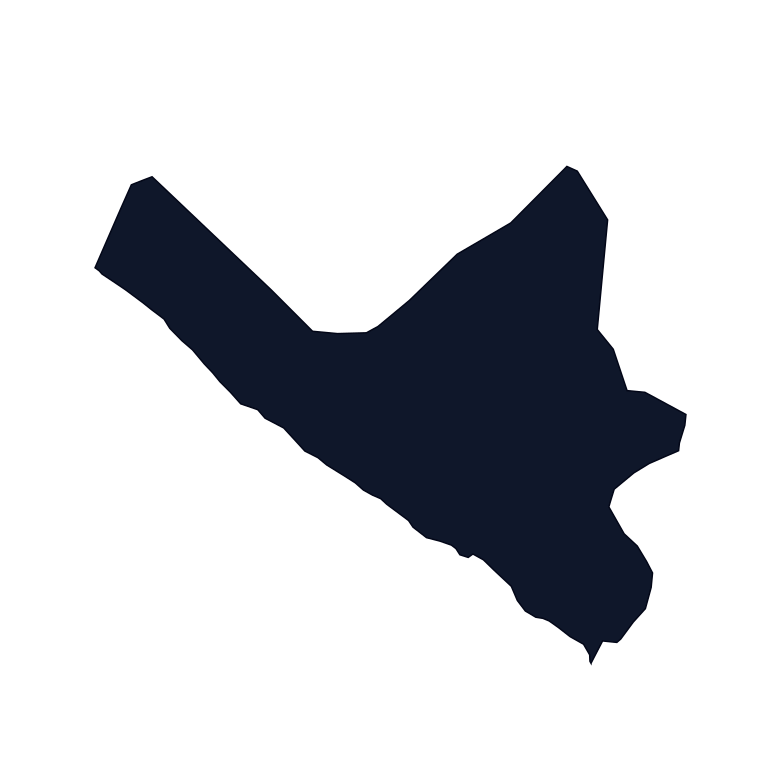 outline of Qina, Qina, Egypt, rotated 9°
{"feature_id": "37247803B63367317087021", "entity_name": "Qina", "entity_type": "district", "adm_level": 2, "iso_a3": "EGY", "parent_name": "Egypt", "parent_adm1": "Qina", "projection": "orthographic", "projection_center": [32.712, 26.165], "detail": "fine", "context": "isolated", "style": "filled", "palette": "ink", "viewbox_px": 768, "rotation_deg": 9, "n_neighbors": 0, "source": "geoboundaries", "source_scale": "gbopen_adm2", "svg_char_len": 1459}
<svg xmlns="http://www.w3.org/2000/svg" viewBox="0 0 768 768"><g transform="rotate(9 384 384)"><path d="M685.4,403.8L685.0,396.0L687.6,377.7L687.0,366.9L643.0,351.4L625.1,352.5L605.0,313.8L590.2,300.5L586.1,296.8L579.2,186.9L541.6,143.5L530.6,140.5L528.2,143.9L484.0,205.1L436.0,244.3L395.9,297.6L375.7,320.6L368.9,328.3L366.9,329.8L366.3,330.3L365.7,330.7L358.6,336.2L330.2,341.5L305.2,343.1L257.9,308.7L122.5,215.6L115.5,219.6L107.8,224.1L103.3,226.8L96.5,252.2L95.8,255.0L95.2,257.2L80.4,314.4L85.1,316.8L88.3,319.5L105.9,327.6L113.6,331.2L132.7,341.2L143.1,347.1L156.6,354.3L163.7,362.5L177.7,372.9L189.5,380.2L203.5,392.4L213.0,399.7L221.6,407.4L233.4,416.0L245.6,426.0L263.3,429.1L271.9,436.4L291.8,443.1L306.7,454.9L316.3,462.6L330.3,467.1L340.2,473.0L357.4,480.2L371.0,486.1L380.3,492.0L390.2,495.6L398.8,497.8L399.5,498.3L400.1,498.7L405.6,502.4L429.6,515.0L435.1,520.9L439.5,523.3L450.0,529.1L463.6,530.4L475.8,532.6L480.8,535.3L485.7,540.8L494.3,542.1L498.4,538.0L509.7,542.1L521.9,550.7L541.4,563.9L549.6,577.0L559.1,586.1L570.4,590.6L577.6,590.6L584.2,592.2L594.1,597.1L607.3,604.4L621.8,609.8L629.5,619.3L630.8,625.7L632.2,627.5L632.2,627.3L632.3,627.0L633.9,622.1L637.5,611.3L640.1,603.6L654.4,602.8L657.7,598.9L667.4,580.2L677.3,565.0L679.7,543.1L678.8,528.6L671.1,518.2L659.5,504.4L644.6,494.4L625.3,470.2L626.0,464.7L627.8,451.9L644.7,432.7L658.4,421.0L674.2,410.9L685.4,403.8Z" fill="#0f172a" stroke="#020617" stroke-width="1.5"/></g></svg>